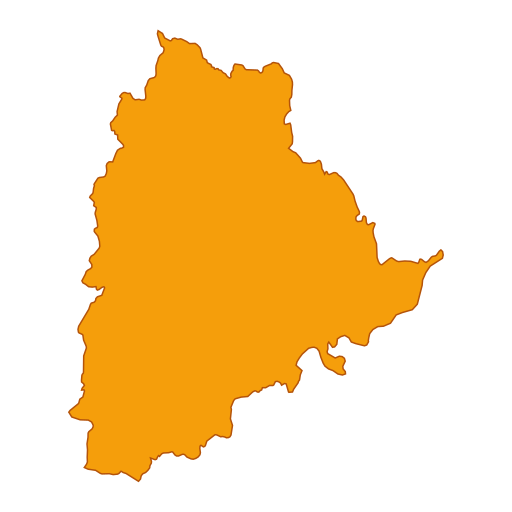 Telangana, Equal Earth projection
{"feature_id": "IND-20011", "entity_name": "Telangana", "entity_type": "State", "adm_level": 1, "iso_a3": "IND", "parent_name": "India", "parent_adm1": "", "projection": "equal_earth", "projection_center": [78.948, 17.86], "detail": "fine", "context": "isolated", "style": "filled", "palette": "amber", "viewbox_px": 512, "rotation_deg": 0, "n_neighbors": 0, "source": "natural_earth", "source_scale": "10m", "svg_char_len": 5922}
<svg xmlns="http://www.w3.org/2000/svg" viewBox="0 0 512 512"><path d="M93.7,205.7L94.3,202.5L93.8,201.5L89.7,197.5L90.2,196.1L92.6,193.6L93.1,192.5L93.6,188.3L94.4,185.8L94.0,184.4L94.4,183.6L97.9,178.2L99.4,177.5L103.5,177.0L105.1,176.2L106.3,173.6L106.8,170.9L106.3,165.7L107.1,163.5L109.1,161.8L112.7,161.9L115.9,153.4L117.5,150.2L120.4,148.3L121.4,148.3L123.5,147.3L123.5,145.4L122.9,144.4L117.8,139.2L117.6,135.0L114.9,134.0L114.7,131.5L114.0,130.5L112.4,130.7L111.6,130.3L110.4,124.0L110.8,122.6L112.6,121.0L115.2,117.2L117.4,115.1L117.1,111.5L118.9,103.9L121.8,99.1L121.9,98.2L119.8,96.7L119.8,96.3L122.1,93.5L123.6,92.6L125.0,92.5L127.9,93.5L130.0,93.2L132.9,98.3L135.1,99.8L139.1,99.3L141.5,100.1L144.7,99.9L145.7,98.3L145.8,96.1L145.1,89.7L145.2,87.7L146.7,85.1L148.3,80.5L149.9,78.7L154.0,77.6L154.8,77.1L155.8,75.8L156.1,73.7L155.9,68.2L156.1,65.6L157.9,60.4L158.4,58.1L159.9,55.5L163.2,52.7L164.1,49.7L163.8,47.8L163.1,46.9L161.5,46.2L160.8,45.1L158.1,36.5L157.4,33.8L158.1,30.7L162.5,33.5L164.7,38.0L170.2,40.9L171.4,40.5L172.6,38.7L174.8,38.1L177.8,39.3L180.5,38.8L181.6,39.1L186.7,41.6L189.5,43.6L195.1,43.4L197.2,44.8L200.0,47.7L200.6,49.1L202.9,57.9L206.6,60.1L207.2,62.4L207.8,63.0L210.9,64.5L211.5,65.7L211.5,66.8L214.1,67.6L214.3,68.9L215.1,69.3L216.6,68.6L218.0,68.7L218.8,69.9L221.1,70.4L223.0,72.6L225.5,73.9L227.2,76.4L229.4,78.1L230.4,77.7L231.1,76.7L230.7,75.0L230.9,73.4L232.2,71.1L233.1,70.4L233.3,67.3L234.0,65.3L235.0,64.0L241.8,65.0L243.0,65.7L245.1,69.0L246.3,69.7L257.4,70.1L258.6,71.0L259.4,72.3L260.5,73.0L261.6,72.7L262.5,71.8L263.0,70.4L263.2,68.0L264.0,67.0L265.4,66.2L271.4,63.8L272.2,62.9L273.6,62.5L278.5,63.5L282.3,68.7L284.2,72.9L289.4,75.4L291.6,79.2L292.4,82.0L292.5,84.7L291.9,90.3L291.8,94.5L291.3,97.2L289.9,98.8L289.5,100.3L289.7,105.7L290.8,110.4L288.8,111.6L286.7,113.9L284.9,116.9L284.1,120.1L284.3,123.8L285.7,124.5L290.0,123.2L290.7,124.9L291.7,132.6L292.6,136.3L292.5,141.8L292.2,143.8L288.6,148.3L292.9,151.6L295.7,152.8L300.5,158.2L302.4,162.1L303.0,162.6L309.5,163.4L315.4,162.6L317.8,160.8L318.8,160.4L319.8,160.8L320.5,161.7L321.4,164.2L321.9,168.7L323.9,172.2L324.6,174.2L326.2,171.6L327.1,172.0L328.0,174.1L329.3,174.6L333.8,172.6L335.6,172.7L337.0,173.4L338.4,175.2L341.0,177.0L343.6,179.9L353.0,194.1L353.8,195.9L355.0,200.9L357.1,206.9L359.1,211.1L359.5,212.3L359.3,214.0L357.1,215.5L356.0,216.9L355.8,219.1L356.3,220.6L357.8,221.6L361.6,221.1L362.2,220.2L363.0,216.6L364.0,216.0L365.5,216.8L366.0,218.1L366.4,222.6L367.0,223.9L367.7,224.6L368.7,224.7L372.8,222.6L374.8,223.4L375.0,224.3L373.4,228.5L373.0,230.3L373.1,232.5L373.9,236.7L376.5,243.8L377.1,257.5L378.3,261.3L379.6,263.7L380.8,264.6L382.0,264.7L389.5,258.7L391.3,257.8L392.1,258.0L396.6,261.0L398.6,261.6L404.7,261.0L410.8,261.3L417.9,263.4L418.9,262.0L419.8,259.3L420.5,259.1L421.6,259.4L424.4,261.7L426.1,262.4L428.4,260.8L431.2,257.3L432.4,256.4L435.3,255.9L436.4,255.3L439.3,251.2L440.9,249.9L442.6,251.6L443.2,255.0L442.4,258.3L430.2,266.1L425.8,272.6L422.6,280.0L422.1,285.5L417.3,304.2L412.3,309.7L402.5,312.5L396.2,314.9L390.5,323.2L383.5,326.2L377.8,326.6L372.9,329.5L369.7,333.6L368.8,337.5L368.3,340.7L368.5,341.8L366.7,345.0L364.5,345.8L355.7,343.6L351.3,342.0L349.0,337.9L344.8,335.4L340.7,336.7L337.4,338.9L336.8,344.3L334.6,346.9L332.5,347.3L328.8,342.1L327.7,344.0L327.9,348.8L327.1,351.7L327.7,353.6L335.2,358.0L339.4,356.2L342.2,356.6L344.4,358.3L345.2,361.2L342.8,366.3L343.1,368.9L345.3,371.6L345.5,373.9L342.4,375.0L337.9,374.0L333.0,370.6L328.5,368.9L325.0,366.2L323.2,363.2L320.9,357.4L319.1,351.2L316.9,348.3L314.1,347.2L311.8,347.4L308.6,348.3L302.3,354.0L299.3,358.0L297.0,361.8L296.1,365.3L302.0,370.6L300.3,374.8L299.5,380.0L298.4,381.5L298.1,382.8L293.6,389.3L292.5,392.0L288.9,392.3L288.5,391.9L286.2,383.9L284.5,383.5L281.6,385.2L280.5,383.0L278.9,381.9L277.1,381.3L275.4,381.6L273.7,385.0L272.9,385.5L269.5,385.5L265.7,387.7L262.4,387.7L261.6,390.0L260.4,390.4L258.8,392.1L257.3,392.0L255.9,391.0L254.9,390.8L252.7,391.9L247.8,396.5L241.2,397.1L235.2,398.8L233.7,400.5L230.9,407.3L231.4,409.5L230.4,418.9L232.5,425.4L231.0,435.0L229.9,436.8L228.4,437.6L226.5,437.8L224.5,436.9L222.3,436.5L220.8,436.8L216.7,434.9L215.0,434.7L206.8,441.1L205.4,445.5L204.7,446.4L203.4,446.9L201.0,445.3L200.5,445.5L200.0,446.3L199.8,448.4L200.4,452.7L199.9,454.8L198.2,456.9L195.8,458.4L193.3,459.2L191.1,458.9L187.0,457.1L184.7,454.7L183.8,454.3L182.4,454.3L178.5,456.0L176.6,456.0L175.0,455.0L172.7,452.0L171.7,451.8L168.7,452.7L163.4,453.0L161.7,453.8L159.5,456.4L158.6,455.6L157.8,456.5L156.5,459.2L155.1,459.7L150.5,458.0L151.5,461.6L151.3,463.2L149.9,465.7L149.7,467.8L147.9,470.3L145.6,472.5L142.9,473.7L141.9,474.8L141.1,476.1L140.5,479.0L138.5,481.3L126.1,473.5L123.1,472.5L121.5,471.4L120.9,471.3L119.0,473.4L117.7,474.1L113.2,474.6L109.4,473.7L102.0,473.9L100.4,473.4L95.6,470.3L88.1,469.2L84.3,467.5L86.6,464.1L87.4,462.0L87.2,457.2L87.5,449.9L87.0,443.9L88.0,437.4L88.1,433.1L88.9,431.6L92.1,428.9L93.1,426.9L93.2,425.2L91.6,422.0L88.3,420.1L80.1,419.8L71.8,417.0L68.8,412.2L70.1,410.4L78.2,403.8L78.8,403.0L79.8,399.2L82.9,397.0L84.5,390.9L83.9,389.8L81.6,390.1L82.1,388.3L84.4,385.4L83.6,383.7L81.6,382.0L81.5,380.1L81.9,375.4L82.3,374.3L83.3,373.2L83.5,371.7L83.7,355.9L86.4,348.0L86.2,346.2L83.6,340.1L82.9,335.1L82.1,334.3L79.0,332.9L78.4,332.1L78.0,329.3L78.7,326.2L88.8,309.3L90.5,304.3L91.3,303.1L94.2,302.2L95.0,301.4L95.6,300.3L95.9,298.5L97.4,296.8L101.8,295.3L104.6,287.9L104.3,287.1L103.6,286.8L102.0,287.3L99.1,289.5L97.4,290.1L96.5,289.3L96.0,286.6L92.2,287.1L88.6,286.7L85.6,284.3L82.9,282.8L81.9,280.8L85.3,274.3L86.2,271.6L87.7,270.2L90.6,268.6L91.9,267.1L91.8,264.5L89.3,260.7L89.9,258.2L91.2,256.2L94.2,254.3L99.2,248.1L99.8,246.3L99.4,241.3L97.9,236.1L94.6,232.0L94.2,231.2L94.4,229.2L95.4,228.3L97.3,227.5L97.7,226.0L96.9,220.4L95.1,213.9L95.3,212.2L96.2,209.4L96.3,207.5L93.7,205.7Z" fill="#f59e0b" stroke="#b45309" stroke-width="1.5"/></svg>